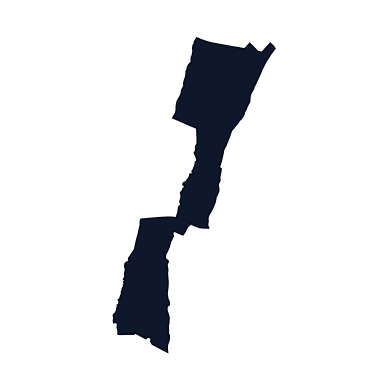 the district of Santa Cruz Quilehtla, Tlaxcala, Mexico, rotated 102°
{"feature_id": "50627088B84143301637451", "entity_name": "Santa Cruz Quilehtla", "entity_type": "district", "adm_level": 2, "iso_a3": "MEX", "parent_name": "Mexico", "parent_adm1": "Tlaxcala", "projection": "albers", "projection_center": [-98.204, 19.212], "detail": "fine", "context": "isolated", "style": "filled", "palette": "ink", "viewbox_px": 384, "rotation_deg": 102, "n_neighbors": 0, "source": "geoboundaries", "source_scale": "gbopen_adm2", "svg_char_len": 5863}
<svg xmlns="http://www.w3.org/2000/svg" viewBox="0 0 384 384"><g transform="rotate(102 192 192)"><path d="M133.7,167.6L132.8,167.4L131.2,167.1L128.7,166.7L125.9,166.5L124.4,166.2L123.2,165.9L122.3,165.4L121.2,164.7L119.2,163.8L115.8,161.9L113.9,161.1L112.2,160.5L110.3,159.1L107.0,157.8L105.9,157.5L104.7,157.3L103.6,157.3L102.8,157.3L101.5,156.9L100.0,156.4L98.0,156.1L96.0,155.7L95.7,155.6L94.3,155.2L91.9,154.5L90.5,154.6L88.9,154.8L86.7,155.1L84.2,155.0L81.7,154.4L78.0,153.2L77.9,153.4L77.9,153.6L71.4,151.9L71.2,151.9L61.9,149.8L57.2,149.0L56.6,148.8L54.8,148.3L49.2,146.8L47.2,146.1L42.4,144.2L41.9,144.2L40.2,143.4L36.8,141.8L34.5,140.7L33.1,142.0L32.2,143.2L31.7,144.0L30.2,146.4L36.9,150.3L40.9,152.6L40.9,154.7L41.0,156.7L40.8,156.9L36.7,163.2L35.9,164.4L34.6,166.4L38.5,168.7L40.3,169.8L41.2,170.4L41.2,171.9L41.2,173.7L41.2,176.0L41.5,180.5L41.7,187.4L41.8,190.9L42.0,195.9L42.0,196.5L42.1,200.4L42.2,203.9L42.0,207.6L41.9,209.4L41.2,214.6L41.0,215.5L40.4,218.7L40.3,219.5L41.0,219.7L41.5,219.8L42.2,219.9L43.2,220.4L43.7,220.6L44.3,220.8L44.4,220.5L44.8,220.4L45.6,220.6L46.5,220.8L47.6,221.1L49.1,221.4L50.2,221.2L51.1,221.2L52.5,220.9L53.3,220.4L54.8,220.2L55.4,220.3L56.0,220.3L56.4,220.2L57.1,220.1L58.0,220.1L58.9,220.3L59.6,220.5L60.1,220.6L60.8,220.5L61.5,220.4L62.4,220.3L63.1,220.2L64.2,219.7L64.9,219.7L66.0,220.4L67.1,220.9L68.0,221.7L69.5,221.9L70.6,222.3L71.8,222.4L72.8,222.3L74.1,222.5L75.5,222.8L77.2,222.4L78.6,222.3L79.9,222.2L81.1,222.2L81.7,222.3L82.6,222.3L83.7,222.6L86.4,222.7L87.5,222.7L89.2,222.1L90.6,222.2L91.7,222.4L92.8,222.8L94.1,223.1L95.3,223.2L96.4,223.2L97.3,222.9L98.5,223.0L99.5,223.3L100.7,223.6L102.4,224.0L104.1,224.7L105.6,225.0L106.8,225.4L108.8,225.3L110.6,225.3L111.3,225.1L112.7,225.0L114.5,224.5L116.3,224.4L117.3,224.5L118.3,224.5L119.8,225.0L120.6,225.3L121.7,225.7L122.6,225.9L123.5,226.2L123.8,224.6L124.5,221.1L124.5,220.8L124.9,219.0L125.4,216.9L125.9,214.0L126.5,211.5L127.6,205.9L128.5,200.8L130.1,200.2L131.7,199.8L133.1,199.4L135.3,199.0L138.1,198.1L140.0,197.7L141.5,197.4L142.9,197.1L144.2,197.1L146.1,197.8L147.2,197.9L149.1,197.2L150.3,197.2L151.2,197.0L152.0,197.4L152.8,197.9L153.9,197.6L154.7,196.9L155.2,196.3L156.2,195.7L157.3,195.1L158.5,194.3L159.6,193.9L160.6,193.8L161.4,194.0L161.8,194.9L162.9,194.9L164.1,194.6L165.1,194.6L166.4,194.8L167.3,195.0L169.0,195.3L170.1,195.5L171.4,196.1L172.2,196.2L172.9,195.4L173.3,194.4L174.0,194.0L174.5,194.1L174.6,195.1L174.6,195.9L174.6,197.1L174.8,197.6L175.8,197.7L176.6,197.6L177.8,197.8L178.9,198.0L179.9,198.5L180.7,199.1L182.0,199.4L182.9,199.8L183.8,200.9L184.5,201.8L185.2,202.3L186.1,202.5L186.7,202.4L187.0,201.7L187.4,200.6L188.8,200.2L189.5,200.7L190.4,201.4L191.9,201.6L192.7,201.8L193.9,202.4L195.0,203.0L196.4,202.5L197.7,201.8L199.8,201.6L201.2,201.6L202.6,201.8L203.7,201.9L204.5,201.5L206.3,200.5L207.4,200.5L209.2,201.9L210.5,201.9L212.5,201.6L215.6,201.5L219.9,202.1L220.8,202.3L220.8,203.3L220.8,204.1L220.8,204.3L220.8,205.1L220.8,205.7L221.0,206.6L221.1,207.4L221.2,208.0L221.7,210.3L221.9,211.2L222.2,212.2L222.3,212.8L222.5,213.4L222.9,214.9L223.0,215.5L223.2,216.2L223.6,217.4L223.7,217.9L223.9,218.5L224.2,219.7L224.5,220.6L225.0,222.3L225.9,225.2L226.4,226.9L226.8,228.2L227.6,230.7L228.1,232.4L228.5,233.8L229.3,236.3L231.3,236.5L235.1,235.7L237.4,235.8L245.4,235.8L248.5,236.1L251.3,236.2L260.0,236.2L268.3,239.5L269.7,240.1L271.3,240.0L272.5,239.3L273.3,239.5L273.7,240.3L273.8,240.9L275.7,242.5L277.7,242.5L279.0,242.4L281.1,241.0L283.4,240.9L285.8,240.9L288.1,240.1L290.0,240.1L291.1,240.9L291.6,240.8L291.8,240.1L291.8,239.6L292.4,239.1L293.5,239.9L294.3,240.0L294.9,239.1L295.6,239.1L296.2,239.4L296.9,239.8L297.6,239.1L298.5,239.3L299.4,239.6L301.6,240.1L303.1,239.8L304.5,240.3L305.7,239.9L306.7,239.5L307.5,240.1L310.6,240.4L311.6,240.5L312.4,240.9L312.6,241.6L313.2,241.3L313.6,240.8L314.6,240.5L316.0,240.3L317.3,240.2L317.6,240.7L318.1,241.5L319.6,241.1L321.3,241.3L323.0,241.2L324.8,241.4L326.4,241.9L327.7,242.9L329.2,243.3L330.9,242.4L332.6,242.1L333.7,242.2L336.2,241.4L335.9,240.9L335.3,239.6L335.3,238.7L335.6,238.2L336.2,237.7L337.2,237.3L338.2,237.1L339.9,237.1L341.8,236.1L343.6,235.3L345.4,235.1L346.4,234.8L346.5,234.3L344.9,227.0L343.2,219.3L341.9,218.6L341.9,217.9L342.2,216.4L342.5,215.5L345.0,206.7L343.0,205.0L342.9,203.2L344.2,201.5L345.2,201.1L346.8,201.2L349.1,199.2L353.8,182.6L350.9,183.5L348.8,184.0L346.8,184.3L344.4,184.0L342.2,183.7L339.8,183.8L336.7,184.6L335.2,185.9L332.3,186.3L327.7,187.5L325.3,187.5L322.9,187.8L321.2,188.0L318.9,188.6L315.9,190.2L314.0,191.5L310.7,192.5L308.8,192.3L307.9,191.5L307.2,190.9L305.5,191.0L304.4,191.5L303.3,192.1L301.6,193.4L299.6,194.2L296.8,195.2L294.1,195.5L289.8,195.9L285.0,196.7L281.4,197.8L277.0,199.1L275.9,199.3L273.4,199.5L270.4,200.6L269.0,201.2L268.1,201.3L266.0,201.0L265.5,200.8L264.8,200.8L264.3,201.1L264.0,201.5L263.6,202.4L263.3,203.6L262.6,204.2L261.6,204.5L260.3,204.8L259.0,204.9L258.0,204.7L256.8,204.4L255.5,203.9L253.4,203.5L251.8,203.2L250.2,202.9L247.5,202.8L245.6,202.6L244.9,202.6L243.7,202.3L242.7,201.9L241.4,201.9L240.4,201.8L239.4,201.0L236.7,202.2L233.9,202.0L234.0,201.2L235.8,192.4L235.8,192.0L233.5,191.0L232.1,190.4L229.9,190.0L228.1,189.5L226.5,189.0L225.4,187.8L223.3,186.9L224.2,183.1L224.4,182.2L224.5,181.5L224.5,181.3L224.9,179.3L225.1,176.7L224.8,173.7L223.8,168.3L221.0,170.0L217.4,170.2L214.0,171.1L211.3,170.9L207.8,169.6L203.1,168.4L197.5,167.3L192.2,167.4L187.3,166.4L185.2,166.1L183.4,166.5L180.9,167.5L179.4,168.0L178.5,168.0L176.9,167.5L175.8,167.2L174.0,167.3L172.5,167.8L169.9,168.1L167.5,168.0L165.7,168.2L164.0,168.1L163.4,168.3L162.4,170.1L161.6,170.4L158.9,170.1L155.7,169.8L152.4,169.8L150.9,169.7L149.0,169.7L147.0,169.7L145.4,169.9L143.8,169.7L142.2,169.4L140.0,168.6L137.4,168.2L135.4,167.7L134.5,167.7L133.7,167.6Z" fill="#0f172a" stroke="#020617" stroke-width="1.5"/></g></svg>